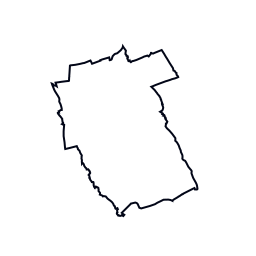 the district of Curtesti, Botosani, Romania, rotated 202°
{"feature_id": "2599482B73716803842093", "entity_name": "Curtesti", "entity_type": "district", "adm_level": 2, "iso_a3": "ROU", "parent_name": "Romania", "parent_adm1": "Botosani", "projection": "natural_earth1", "projection_center": [26.65, 47.693], "detail": "fine", "context": "isolated", "style": "outline", "palette": "ink", "viewbox_px": 256, "rotation_deg": 202, "n_neighbors": 0, "source": "geoboundaries", "source_scale": "gbopen_adm2", "svg_char_len": 5705}
<svg xmlns="http://www.w3.org/2000/svg" viewBox="0 0 256 256"><g transform="rotate(202 128 128)"><path d="M205.2,164.1L202.9,157.2L202.0,154.4L201.6,153.5L201.6,153.1L200.4,149.7L200.5,149.5L201.3,149.0L202.2,148.6L207.2,145.8L209.7,144.3L212.2,142.9L211.6,142.1L211.1,141.7L210.9,141.5L210.7,141.1L210.1,140.4L209.8,140.0L210.7,140.2L211.8,139.9L212.2,139.9L212.8,139.9L213.2,140.0L213.6,140.3L214.4,140.6L215.2,140.6L214.1,139.3L213.2,138.4L210.7,135.8L209.3,134.6L204.7,131.3L202.9,129.8L202.7,129.4L202.2,128.6L202.1,128.2L201.8,127.1L201.6,126.7L200.9,126.0L199.5,124.8L199.1,124.3L198.2,123.2L197.8,122.7L196.7,121.1L196.2,119.9L196.9,119.6L197.3,119.2L197.6,118.8L197.8,118.5L197.8,118.3L198.1,117.9L198.4,117.7L198.2,117.5L198.0,117.4L198.2,116.9L197.9,116.5L197.8,116.4L198.0,116.3L198.3,116.2L198.6,116.0L198.8,115.8L198.8,115.7L198.5,115.4L198.2,115.1L196.5,114.1L196.3,113.9L195.8,113.8L195.6,113.6L194.9,113.3L193.5,112.5L192.4,111.8L192.2,111.1L191.8,110.7L191.4,109.8L191.2,109.6L190.9,109.1L190.6,108.9L190.4,108.8L190.5,108.4L190.3,108.1L190.0,108.0L190.0,107.6L190.2,107.4L190.4,107.2L190.6,106.9L189.7,106.8L189.0,106.9L188.8,106.9L188.7,107.1L188.4,107.1L186.8,101.9L186.4,100.7L184.6,96.3L181.5,91.0L179.2,86.5L178.7,85.6L178.3,85.0L174.5,87.7L168.7,92.0L168.5,91.8L168.2,91.4L167.5,90.8L166.9,90.4L166.5,89.6L165.9,89.3L165.0,89.0L164.5,88.8L163.0,87.1L162.4,86.6L160.7,85.4L160.4,84.9L160.3,83.9L159.8,82.9L159.7,82.3L159.1,81.5L158.8,81.2L158.6,80.8L158.5,80.3L158.2,79.5L157.3,77.7L157.1,78.4L156.9,78.6L155.8,78.1L155.6,77.9L154.6,76.8L154.3,76.4L153.4,75.9L153.1,75.6L152.6,75.3L151.7,75.1L151.3,74.8L150.9,74.3L150.8,74.0L150.6,74.0L150.4,74.1L149.4,74.8L147.9,73.9L147.5,73.7L147.3,73.5L147.1,73.3L147.2,73.1L146.8,72.8L146.4,72.2L146.2,72.1L146.2,71.8L146.5,71.2L146.4,71.1L146.9,69.7L146.2,69.4L144.7,67.4L145.0,67.1L144.2,66.5L143.4,65.7L141.6,64.7L141.3,64.3L139.9,64.9L139.4,64.3L138.3,61.9L137.3,60.7L136.4,60.2L136.4,61.2L136.1,61.5L136.0,61.4L135.8,61.3L135.7,61.0L135.7,60.7L135.0,61.3L134.9,61.6L134.3,61.6L133.5,61.5L132.9,61.2L132.8,60.8L132.1,59.8L132.0,59.5L131.9,59.0L131.7,58.5L131.0,58.1L129.9,57.6L129.5,57.2L129.4,56.8L129.3,56.6L129.3,56.4L129.2,55.7L128.2,55.7L126.7,55.7L126.2,55.6L125.6,55.2L125.1,55.7L124.4,55.9L123.0,56.2L122.0,55.7L120.6,54.9L118.5,54.3L117.6,54.1L116.8,53.9L114.9,53.2L114.4,52.9L113.2,52.1L112.1,50.9L111.8,50.7L111.1,50.6L110.9,50.5L110.9,50.3L110.4,49.8L109.8,48.9L109.3,48.5L109.1,48.5L107.8,49.7L107.2,49.1L107.4,49.0L107.2,48.0L107.2,47.4L106.7,46.5L106.3,46.0L106.2,45.9L106.5,45.3L106.3,44.9L106.3,44.4L106.2,44.3L105.8,44.0L105.6,43.9L105.4,43.8L104.8,43.8L104.6,43.7L104.4,43.2L104.2,43.1L103.5,43.6L103.0,43.4L101.9,43.8L101.5,44.2L101.2,44.6L101.1,44.9L100.2,44.7L99.9,44.7L99.4,44.6L98.9,46.1L100.4,46.4L102.0,47.0L97.1,58.5L97.1,58.9L93.3,61.6L91.9,61.7L90.6,61.2L87.6,58.3L85.6,58.4L78.5,63.9L74.4,67.5L72.8,69.7L70.4,72.3L68.2,74.8L63.8,76.7L61.5,77.2L59.6,77.1L59.7,77.3L59.6,77.5L59.2,78.1L58.3,79.5L57.7,80.2L56.8,81.4L56.2,82.2L55.8,82.7L55.5,83.4L54.9,83.9L54.6,84.4L54.2,84.9L54.0,85.4L53.3,86.2L53.0,86.9L52.6,87.0L52.2,87.5L52.2,87.8L44.6,96.5L43.9,97.2L42.9,96.1L41.5,96.6L40.8,97.1L40.8,97.6L41.3,98.5L42.5,100.5L43.2,101.4L44.7,102.8L48.6,105.9L49.4,106.7L52.1,109.7L52.4,110.4L52.6,111.4L52.9,112.0L53.7,112.6L55.3,113.4L57.6,114.7L58.5,115.5L61.1,117.8L62.3,118.7L62.8,119.0L63.9,119.0L65.2,119.3L65.9,119.7L66.3,120.3L66.4,120.9L66.5,121.4L67.3,123.0L67.7,123.5L70.0,125.6L70.5,126.6L71.2,127.4L72.5,128.6L74.4,130.8L76.4,132.4L77.6,133.2L79.4,133.9L80.0,135.7L80.4,136.4L84.8,139.1L88.7,141.1L91.8,142.3L93.8,143.6L94.2,145.6L94.5,146.3L94.0,146.6L93.9,148.6L96.7,150.4L96.4,150.8L96.8,151.4L97.1,151.7L97.8,151.7L98.4,152.8L99.3,152.7L99.1,153.0L99.5,153.2L99.5,153.6L101.3,153.6L101.2,154.1L101.3,154.1L101.3,154.5L104.3,155.1L103.1,156.7L102.8,156.9L102.7,158.4L102.8,159.0L102.9,159.7L103.1,160.3L104.4,161.8L105.1,162.4L105.4,162.9L104.9,163.1L107.6,166.1L108.2,166.7L108.1,166.8L109.6,168.4L110.6,169.0L111.1,169.6L111.6,169.7L111.9,169.9L113.5,170.7L114.2,171.3L115.1,171.7L115.8,172.2L116.3,172.4L117.1,173.0L118.3,173.5L120.2,174.3L121.8,175.0L120.9,175.8L118.4,178.3L110.5,185.5L109.2,186.5L106.6,188.7L105.7,189.6L102.9,191.7L101.3,193.2L100.5,194.0L100.9,194.5L101.5,194.9L102.8,195.5L103.4,196.3L103.6,196.8L103.6,197.1L104.0,197.2L104.5,197.3L105.0,197.6L105.6,198.1L106.0,198.3L106.6,198.4L107.1,198.3L107.4,198.3L108.7,200.3L113.8,203.9L114.3,204.3L115.5,205.2L118.0,207.1L119.6,208.2L122.3,210.3L124.7,212.0L126.0,212.9L131.0,208.1L132.1,207.0L132.5,206.5L133.4,206.2L133.8,206.2L134.3,206.4L134.6,206.4L134.8,206.3L134.6,205.5L135.6,202.1L137.2,202.4L138.5,201.3L139.7,200.4L141.1,198.8L145.7,194.2L148.1,192.2L148.8,191.8L149.2,191.5L149.6,190.7L150.0,190.1L150.3,190.2L150.7,190.6L151.0,190.7L151.3,190.6L151.6,191.0L151.7,190.7L152.1,190.8L152.2,190.3L152.6,190.2L152.8,190.5L153.1,190.8L154.1,191.6L154.4,192.0L154.8,192.4L154.6,192.6L154.4,193.1L154.8,193.4L154.8,193.8L155.1,194.2L155.1,194.4L155.3,194.5L156.0,194.3L156.5,194.3L156.7,194.6L156.9,195.1L157.0,195.2L157.4,195.4L157.6,195.3L157.9,195.4L158.3,196.2L158.4,196.7L158.6,197.3L158.9,198.9L159.2,199.1L161.1,200.3L162.2,201.0L163.3,201.8L163.1,200.8L163.1,200.5L163.6,198.3L163.8,197.5L165.8,193.6L166.0,193.3L166.4,192.9L167.6,192.0L167.8,191.8L168.3,191.0L168.9,189.4L169.1,189.0L169.1,188.5L168.9,185.8L168.9,185.5L169.0,185.3L169.2,184.9L170.3,184.0L170.5,184.1L170.7,184.7L171.9,186.4L177.7,181.8L179.1,180.5L178.8,180.1L185.4,174.1L186.9,175.5L188.1,176.5L190.8,173.9L192.9,171.9L194.1,171.2L196.6,169.4L200.6,166.8L204.5,164.7L205.0,164.4L205.2,164.1Z" fill="none" stroke="#020617" stroke-width="2"/></g></svg>